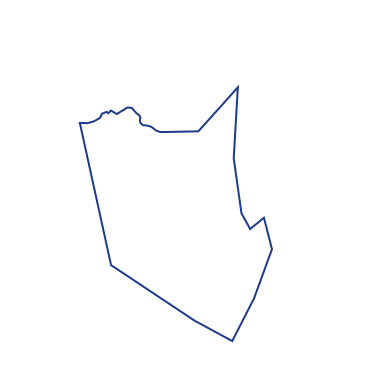 outline of Ravine Poisson, Castries, Saint Lucia, rotated 222°
{"feature_id": "8701671B90050195307789", "entity_name": "Ravine Poisson", "entity_type": "district", "adm_level": 2, "iso_a3": "LCA", "parent_name": "Saint Lucia", "parent_adm1": "Castries", "projection": "mercator", "projection_center": [-60.965, 13.93], "detail": "fine", "context": "isolated", "style": "outline", "palette": "blue", "viewbox_px": 384, "rotation_deg": 222, "n_neighbors": 0, "source": "geoboundaries", "source_scale": "gbopen_adm2", "svg_char_len": 734}
<svg xmlns="http://www.w3.org/2000/svg" viewBox="0 0 384 384"><g transform="rotate(222 192 192)"><path d="M321.6,168.3L203.2,83.5L202.5,83.6L104.0,98.1L62.5,108.1L62.4,108.1L65.6,120.3L74.8,154.7L94.3,203.0L121.3,221.0L124.0,203.4L141.0,209.3L183.5,244.9L228.0,300.5L227.9,273.4L227.9,270.4L227.9,241.3L255.8,215.2L259.7,213.7L263.6,213.4L266.1,213.1L266.3,213.1L271.2,210.5L272.2,209.6L272.9,208.9L275.9,208.7L278.4,210.0L280.0,212.4L280.3,212.9L280.8,213.1L282.8,213.7L286.6,213.4L292.9,214.2L294.7,213.0L296.4,211.7L296.7,210.9L299.8,200.5L300.0,199.6L303.0,199.0L306.8,198.3L306.8,194.5L309.0,194.5L311.3,189.9L309.9,185.7L312.2,178.8L313.0,177.6L315.8,173.2L321.6,168.3Z" fill="none" stroke="#1e3a8a" stroke-width="2"/></g></svg>